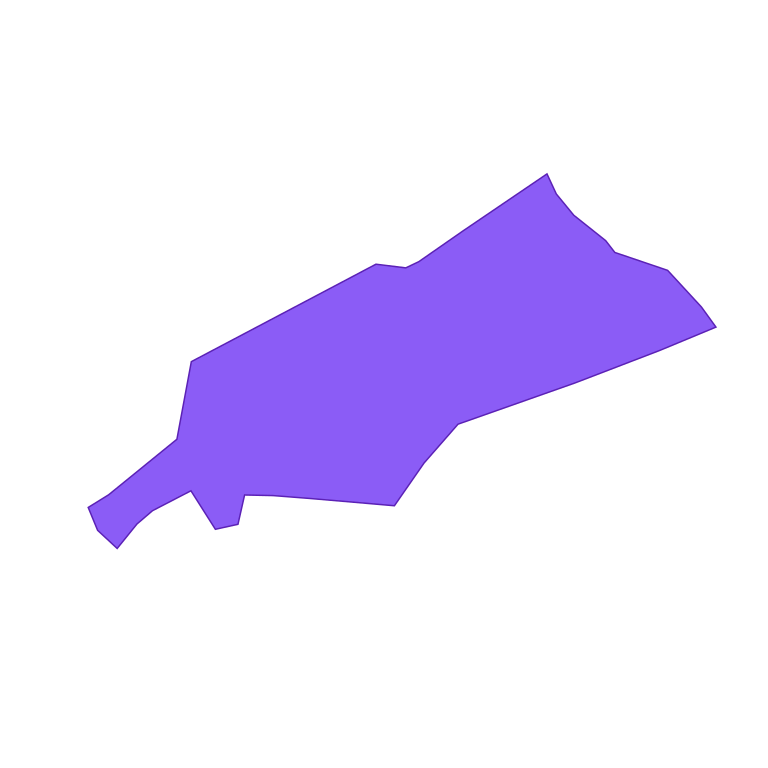 the district of Birni-N'Konni, Tahoua, Niger, rotated 153°
{"feature_id": "23599985B12101722290167", "entity_name": "Birni-N'Konni", "entity_type": "district", "adm_level": 2, "iso_a3": "NER", "parent_name": "Niger", "parent_adm1": "Tahoua", "projection": "albers", "projection_center": [5.016, 13.935], "detail": "fine", "context": "isolated", "style": "filled", "palette": "violet", "viewbox_px": 768, "rotation_deg": 153, "n_neighbors": 0, "source": "geoboundaries", "source_scale": "gbopen_adm2", "svg_char_len": 552}
<svg xmlns="http://www.w3.org/2000/svg" viewBox="0 0 768 768"><g transform="rotate(153 384 384)"><path d="M143.4,497.2L244.4,484.5L297.5,477.2L311.9,477.6L336.8,494.4L545.5,491.4L593.6,428.8L679.7,410.3L703.6,408.3L705.6,383.6L696.4,358.6L667.7,371.4L647.8,376.2L604.5,376.5L600.2,331.1L577.8,325.3L558.6,348.4L533.6,335.0L502.4,315.9L430.0,270.8L384.2,295.4L336.3,314.6L213.1,298.2L122.8,288.7L62.4,284.0L66.2,308.4L79.7,356.5L118.6,396.4L121.4,411.1L138.3,448.2L144.2,475.1L143.4,497.2Z" fill="#8b5cf6" stroke="#5b21b6" stroke-width="1.5"/></g></svg>